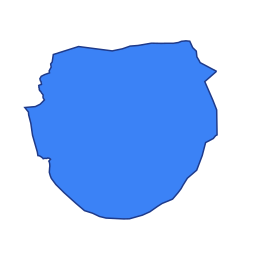 Makurdi, Benue, Nigeria (Mercator projection), rotated 349°
{"feature_id": "59680162B75733324884372", "entity_name": "Makurdi", "entity_type": "district", "adm_level": 2, "iso_a3": "NGA", "parent_name": "Nigeria", "parent_adm1": "Benue", "projection": "mercator", "projection_center": [8.495, 7.701], "detail": "fine", "context": "isolated", "style": "filled", "palette": "blue", "viewbox_px": 256, "rotation_deg": 349, "n_neighbors": 0, "source": "geoboundaries", "source_scale": "gbopen_adm2", "svg_char_len": 1468}
<svg xmlns="http://www.w3.org/2000/svg" viewBox="0 0 256 256"><g transform="rotate(349 128 128)"><path d="M48.5,69.2L48.5,69.5L48.5,70.1L48.4,70.6L48.3,70.8L48.3,71.5L48.4,72.4L48.5,72.8L48.2,73.3L48.3,73.9L48.7,74.9L49.2,75.2L49.5,76.2L50.1,77.7L50.5,78.2L51.0,79.5L50.8,80.1L50.6,80.7L50.5,81.4L50.4,82.2L51.3,84.5L46.3,87.9L41.1,89.3L30.6,88.2L33.3,93.3L33.0,96.2L33.5,104.9L32.9,116.9L34.4,134.1L34.3,137.9L35.0,138.1L35.6,138.4L35.8,138.4L36.1,138.7L37.3,139.8L37.5,140.0L38.1,140.7L38.7,141.4L38.9,142.0L40.2,141.9L41.0,142.0L42.5,142.4L43.2,142.1L44.6,142.5L45.5,143.2L46.0,143.9L44.0,145.4L44.2,145.7L44.3,148.0L44.0,150.5L43.5,152.0L42.3,156.5L42.6,160.1L43.1,162.8L46.4,169.7L53.0,179.4L62.5,192.0L69.5,200.8L77.0,204.9L83.1,209.4L89.2,212.2L106.3,216.4L112.1,217.4L125.5,216.3L133.5,214.4L142.0,210.6L147.0,208.6L158.2,206.3L164.5,201.3L168.5,197.7L171.1,194.6L176.7,188.6L187.4,182.5L195.6,169.2L201.4,157.1L209.7,154.6L212.6,152.2L214.1,151.8L218.5,127.2L216.6,116.9L212.2,97.1L225.1,89.6L225.4,89.0L211.3,77.6L210.7,75.5L209.2,71.3L209.7,65.6L206.8,61.4L205.2,54.6L201.5,53.5L197.0,53.1L193.8,53.7L191.7,53.6L188.6,53.5L185.8,52.9L181.6,52.1L176.9,51.3L167.1,49.2L158.0,49.0L153.6,48.9L145.6,48.0L145.2,48.1L137.5,49.2L127.2,49.3L95.0,38.6L68.7,41.6L66.2,48.7L64.3,50.4L64.2,53.6L61.5,56.9L61.5,58.9L56.2,59.7L52.7,60.7L50.9,62.8L51.0,65.0L51.5,65.7L51.4,68.7L51.1,68.8L50.3,68.8L48.5,69.2Z" fill="#3b82f6" stroke="#1e3a8a" stroke-width="1.5"/></g></svg>